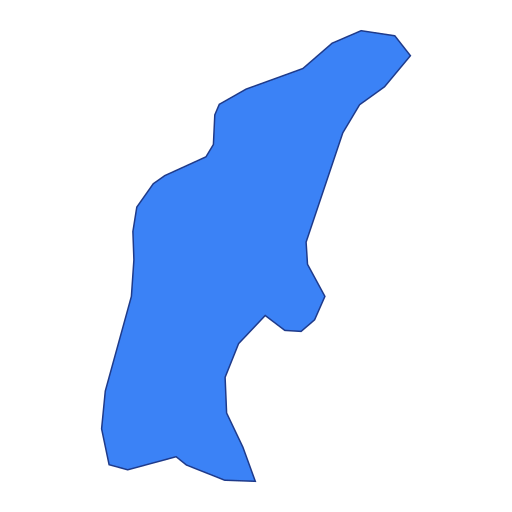 the state/province of Saipan
{"feature_id": "MNP-4939", "entity_name": "Saipan", "entity_type": "state/province", "adm_level": 1, "iso_a3": "MNP", "parent_name": "Northern Mariana Islands", "parent_adm1": "", "projection": "natural_earth1", "projection_center": [145.747, 15.184], "detail": "fine", "context": "isolated", "style": "filled", "palette": "blue", "viewbox_px": 512, "rotation_deg": 0, "n_neighbors": 0, "source": "natural_earth", "source_scale": "10m", "svg_char_len": 592}
<svg xmlns="http://www.w3.org/2000/svg" viewBox="0 0 512 512"><path d="M332.1,43.2L361.1,30.7L394.8,35.8L410.4,55.7L384.5,86.8L359.6,104.7L342.8,132.8L306.1,242.1L307.5,264.3L324.9,296.4L314.6,319.8L301.1,331.4L284.8,330.4L265.2,315.5L238.6,343.6L225.1,377.3L226.6,413.0L242.9,447.2L255.3,481.3L224.6,480.2L186.4,465.0L176.1,456.7L127.7,469.8L109.1,464.7L101.6,428.8L105.3,391.0L131.4,296.4L133.9,259.9L132.9,231.5L136.8,207.1L153.3,183.7L164.8,175.6L206.0,156.8L213.4,144.5L214.8,114.9L219.3,104.3L246.1,89.1L302.9,68.5L332.1,43.2Z" fill="#3b82f6" stroke="#1e3a8a" stroke-width="1.5"/></svg>